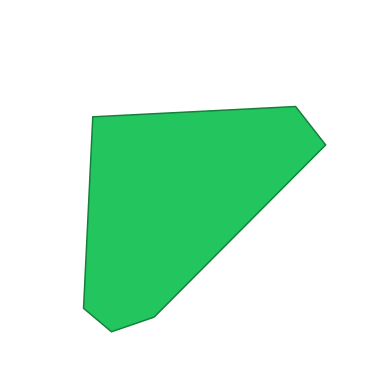 an SVG outline of Guernsey, rotated 160°
{"feature_id": "GGY", "entity_name": "Guernsey", "entity_type": "country or territory", "adm_level": 0, "iso_a3": "GGY", "parent_name": "Europe", "parent_adm1": "", "projection": "robinson", "projection_center": [-2.56, 49.468], "detail": "fine", "context": "isolated", "style": "filled", "palette": "green", "viewbox_px": 384, "rotation_deg": 160, "n_neighbors": 0, "source": "natural_earth", "source_scale": "50m", "svg_char_len": 251}
<svg xmlns="http://www.w3.org/2000/svg" viewBox="0 0 384 384"><g transform="rotate(160 192 192)"><path d="M333.7,119.8L259.5,296.6L65.4,236.9L50.3,190.5L270.4,87.4L315.5,88.2L333.7,119.8Z" fill="#22c55e" stroke="#15803d" stroke-width="1.5"/></g></svg>